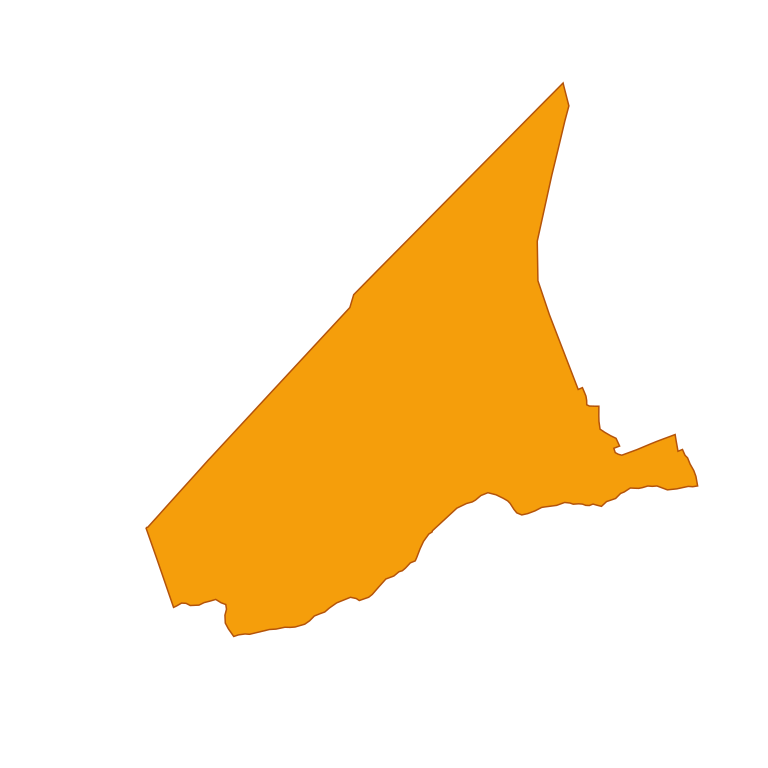 Um Durman, Khartoum, Sudan, rotated 68°
{"feature_id": "16777658B47170165092486", "entity_name": "Um Durman", "entity_type": "district", "adm_level": 2, "iso_a3": "SDN", "parent_name": "Sudan", "parent_adm1": "Khartoum", "projection": "mercator", "projection_center": [32.429, 15.44], "detail": "fine", "context": "isolated", "style": "filled", "palette": "amber", "viewbox_px": 768, "rotation_deg": 68, "n_neighbors": 0, "source": "geoboundaries", "source_scale": "gbopen_adm2", "svg_char_len": 2102}
<svg xmlns="http://www.w3.org/2000/svg" viewBox="0 0 768 768"><g transform="rotate(68 384 384)"><path d="M561.8,617.9L562.1,612.9L563.7,606.5L565.7,602.4L568.7,582.2L570.8,575.9L572.4,567.0L574.5,562.2L576.0,557.5L577.0,547.4L575.7,541.7L573.0,535.5L573.0,529.3L573.2,524.3L571.2,518.4L569.2,509.8L569.2,495.0L572.5,490.1L575.5,488.0L576.0,478.1L574.7,473.7L570.2,464.9L565.5,455.3L565.7,446.7L563.7,440.5L564.0,436.9L562.7,433.0L559.7,426.6L559.7,421.3L557.5,419.0L550.2,412.2L544.7,406.3L539.9,398.7L539.2,394.8L538.2,394.1L526.4,362.9L525.7,352.3L526.4,346.3L525.9,342.7L523.7,335.9L523.7,328.4L528.7,321.6L534.7,316.2L538.7,313.1L541.9,311.8L548.9,310.5L553.2,309.2L557.0,305.3L558.0,299.3L558.2,291.5L557.5,284.0L558.3,280.6L559.2,277.2L561.2,269.4L561.5,260.9L564.0,256.2L566.3,253.6L568.0,248.4L569.7,245.0L572.1,242.4L573.6,239.1L573.6,235.2L575.9,232.3L578.9,228.2L577.6,224.8L576.4,221.7L576.9,212.1L574.1,205.6L574.1,201.7L572.7,194.6L574.6,190.5L576.2,186.9L576.9,183.2L577.4,177.6L579.4,173.6L580.8,169.1L588.3,160.9L590.9,151.8L592.9,140.3L594.9,136.2L596.0,131.4L586.5,129.4L580.3,129.2L572.9,130.2L566.2,130.2L562.9,131.6L556.5,131.8L556.5,136.6L545.1,134.2L539.9,133.0L539.8,137.6L539.6,144.5L539.4,152.6L539.4,159.1L539.6,174.0L539.1,190.2L536.9,193.1L534.2,195.3L529.7,195.0L529.8,188.8L521.3,189.2L516.8,193.3L511.4,197.5L506.8,200.6L499.2,198.7L494.1,196.8L485.1,193.1L483.8,196.3L481.4,201.8L479.2,203.8L475.3,202.3L470.9,201.3L466.7,201.3L461.7,201.4L461.8,206.0L381.8,204.7L345.9,202.6L342.8,201.4L309.0,188.4L253.1,150.1L231.1,134.3L207.9,117.8L195.4,108.4L175.2,105.7L172.0,105.2L184.5,134.4L201.5,173.8L230.7,241.7L248.3,282.5L248.9,283.8L275.8,346.4L289.8,378.6L300.3,387.0L329.2,448.6L348.7,490.2L387.2,572.1L388.6,575.2L399.0,596.5L402.5,603.7L416.7,632.9L421.0,641.6L428.4,656.9L428.1,657.6L428.6,658.6L461.0,660.1L512.3,662.8L512.1,659.5L511.3,653.8L513.2,649.7L516.8,646.6L519.7,638.4L519.3,632.7L520.1,626.8L520.7,620.7L525.8,617.0L529.2,613.3L533.8,614.4L538.8,618.1L546.2,620.7L552.7,620.0L561.8,617.9Z" fill="#f59e0b" stroke="#b45309" stroke-width="1.5"/></g></svg>